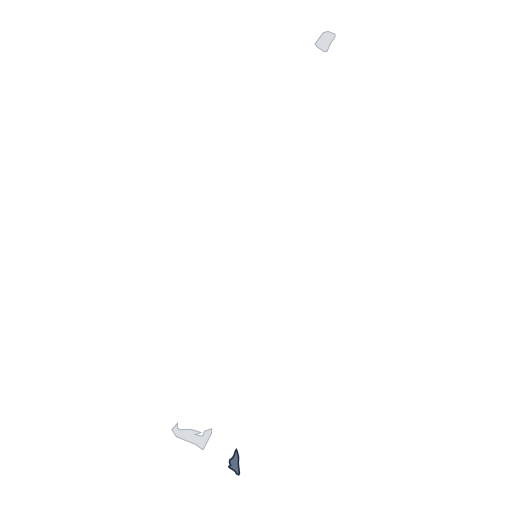 Tonga, with Eua highlighted, rotated 354°
{"feature_id": "TON-4949", "entity_name": "Eua", "entity_type": "state/province", "adm_level": 1, "iso_a3": "TON", "parent_name": "Tonga", "parent_adm1": "", "projection": "albers", "projection_center": [-174.943, -21.369], "detail": "fine", "context": "in_parent", "style": "filled", "palette": "slate", "viewbox_px": 512, "rotation_deg": 354, "n_neighbors": 0, "source": "natural_earth", "source_scale": "10m", "svg_char_len": 885}
<svg xmlns="http://www.w3.org/2000/svg" viewBox="0 0 512 512"><g transform="rotate(354 256 256)"><path d="M182.2,429.2L184.2,429.2L186.4,424.8L193.9,423.2L193.1,427.9L183.0,443.3L176.6,437.3L158.0,427.5L154.2,419.9L160.4,414.1L159.8,418.8L162.9,420.9L173.4,421.7L182.8,425.8L177.0,427.2L182.2,429.2ZM353.2,51.3L347.8,60.1L345.2,59.9L339.1,54.8L336.8,51.3L346.3,40.9L351.2,40.2L357.8,43.7L357.4,46.7L353.2,51.3ZM216.9,448.8L216.2,471.3L209.4,461.0L208.6,456.2L215.5,449.3L216.9,448.8Z" fill="#d9dde1" stroke="#a8b0b8" stroke-width="1"/><path d="M216.7,447.6L217.6,453.1L217.5,455.4L216.7,460.9L216.8,470.3L215.9,471.8L213.8,470.5L212.9,468.2L211.1,466.4L207.1,463.4L207.1,462.4L207.7,462.1L209.0,461.3L208.2,459.7L208.1,457.7L208.8,455.9L211.5,454.7L212.4,453.6L213.8,451.1L214.1,450.2L215.1,447.9L216.2,446.4L216.7,447.6Z" fill="#64748b" stroke="#1e293b" stroke-width="1.5"/></g></svg>